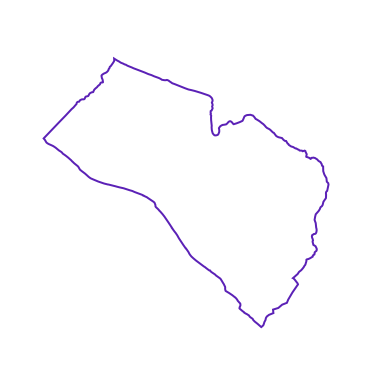 Mukomuko, Bengkulu, Indonesia (orthographic projection), rotated 349°
{"feature_id": "22746128B39825953538573", "entity_name": "Mukomuko", "entity_type": "district", "adm_level": 2, "iso_a3": "IDN", "parent_name": "Indonesia", "parent_adm1": "Bengkulu", "projection": "orthographic", "projection_center": [101.454, -2.731], "detail": "fine", "context": "isolated", "style": "outline", "palette": "violet", "viewbox_px": 384, "rotation_deg": 349, "n_neighbors": 0, "source": "geoboundaries", "source_scale": "gbopen_adm2", "svg_char_len": 5941}
<svg xmlns="http://www.w3.org/2000/svg" viewBox="0 0 384 384"><g transform="rotate(349 192 192)"><path d="M324.0,187.6L323.9,187.5L323.8,187.1L322.8,186.3L321.9,185.3L321.1,183.9L319.2,182.1L317.7,181.4L316.4,181.4L315.8,181.3L315.3,181.6L314.9,182.1L314.6,182.1L313.9,181.1L311.6,179.6L311.0,179.4L310.9,179.0L311.8,176.8L311.2,174.5L311.1,173.5L310.5,172.9L308.4,173.1L307.8,172.4L305.5,171.8L304.8,170.8L304.0,170.4L302.7,169.2L301.9,169.0L299.8,167.1L298.0,166.2L296.0,164.2L295.7,163.2L295.1,162.7L294.1,159.9L292.9,159.5L291.8,158.3L290.6,156.2L287.3,154.7L286.1,153.8L285.3,153.0L283.6,149.5L283.2,149.3L282.6,148.7L281.8,147.5L280.6,145.8L279.5,144.7L278.0,143.6L276.9,142.2L276.1,140.7L274.9,138.9L274.0,138.0L271.8,135.4L269.1,132.9L268.4,132.4L267.8,131.0L267.2,129.8L266.3,128.5L265.6,128.2L264.2,127.4L262.7,127.2L260.7,127.0L259.5,127.2L258.1,127.7L257.6,128.3L256.0,130.7L255.2,131.7L254.7,131.9L252.2,132.5L248.8,133.1L245.9,133.4L245.3,132.8L244.7,131.5L243.8,130.3L243.0,129.8L242.2,129.8L241.4,130.1L240.5,130.7L239.6,131.5L238.5,132.0L238.1,132.2L237.7,132.1L236.1,132.1L235.1,132.0L233.9,132.2L232.4,132.8L231.0,134.0L230.6,134.5L230.6,136.0L230.4,137.4L230.1,138.4L229.0,140.1L228.2,140.8L226.9,141.0L225.7,140.9L224.9,140.6L224.3,139.8L223.8,138.9L223.5,138.2L223.3,135.6L223.3,134.9L223.6,132.2L224.0,130.8L224.5,125.0L225.0,122.0L225.4,120.8L225.3,120.1L225.0,119.6L225.5,118.6L225.3,117.9L225.6,117.2L225.7,116.3L225.8,116.1L226.7,115.8L226.9,115.7L227.3,114.9L228.0,114.2L228.2,113.8L228.2,113.0L228.1,112.7L228.1,112.3L228.1,111.7L228.7,111.0L228.8,110.7L228.9,110.0L228.8,109.2L228.6,108.5L228.6,107.9L229.2,107.2L229.5,106.6L229.7,105.9L229.7,104.9L229.5,104.4L229.4,103.7L228.9,102.8L228.2,101.8L227.8,101.3L227.0,100.6L225.7,99.8L219.4,96.2L217.5,95.2L213.9,93.3L210.9,91.9L208.1,90.7L205.1,88.9L195.3,82.6L193.4,81.5L191.8,79.8L191.0,79.1L190.5,78.4L189.5,77.6L188.9,77.3L188.6,77.2L187.7,77.3L187.3,77.2L186.0,76.9L183.9,76.1L182.7,74.9L181.1,73.7L176.9,71.2L174.5,69.5L171.6,67.9L168.4,65.7L165.7,64.0L158.1,59.3L156.6,58.2L153.3,56.1L152.0,55.1L151.3,54.4L150.2,53.9L149.0,52.9L146.7,51.4L145.1,49.8L143.8,48.8L141.0,46.2L140.8,47.8L140.4,48.8L139.0,50.3L136.4,52.8L135.2,53.5L134.5,54.8L133.8,55.3L132.9,56.8L132.3,57.3L131.0,58.2L129.7,58.6L128.2,58.9L126.7,59.5L125.7,60.1L125.3,60.7L125.3,61.6L125.3,63.2L125.6,64.1L125.7,65.0L125.6,67.0L125.5,67.3L125.2,67.4L124.1,67.2L123.4,67.3L122.7,67.8L122.4,68.5L122.0,68.9L121.3,69.2L120.8,69.6L120.2,69.8L119.5,70.3L118.9,70.9L116.9,72.0L115.6,72.9L114.4,74.5L114.1,75.0L113.8,75.1L112.7,75.0L112.2,75.1L110.6,75.6L110.1,76.0L108.5,77.9L108.0,78.0L106.0,78.1L105.6,78.3L105.0,79.1L104.5,79.9L104.1,80.2L103.5,80.4L102.7,80.2L102.0,80.1L101.3,80.1L100.8,80.2L99.8,80.5L99.3,80.8L98.6,81.7L98.3,81.8L97.0,81.7L96.6,81.9L96.1,82.2L95.8,82.6L95.4,83.6L95.1,83.9L94.7,84.1L91.8,86.4L89.6,87.7L82.3,93.0L75.4,97.8L56.6,111.1L57.6,112.9L58.2,114.7L58.6,115.7L59.4,116.6L60.4,117.5L63.4,119.6L64.7,120.6L66.6,122.5L69.3,125.8L71.1,127.5L72.0,128.6L72.3,129.4L72.7,129.9L74.0,131.2L75.2,132.5L77.0,134.6L78.9,137.1L79.4,137.7L80.2,139.1L80.6,139.5L81.1,140.3L81.9,141.4L84.5,144.5L85.1,145.3L85.5,146.4L86.3,148.7L87.8,150.5L90.5,153.5L92.1,155.6L93.5,157.5L95.1,159.2L97.4,160.8L101.9,163.8L107.3,166.9L110.7,168.5L111.3,168.7L111.6,168.8L118.0,171.8L119.4,172.5L121.5,173.5L125.6,175.3L131.2,178.4L133.6,179.6L135.7,181.1L142.4,185.2L143.7,186.2L143.6,186.3L146.8,188.6L147.2,189.1L149.3,191.2L152.3,194.2L153.1,195.2L153.3,196.0L153.6,197.7L153.5,198.5L153.4,198.9L153.6,199.8L155.6,202.6L156.4,204.1L157.1,205.1L158.9,208.2L160.3,211.0L163.2,217.7L165.8,224.1L165.7,224.1L167.4,227.7L168.2,229.2L168.7,230.4L169.3,231.8L170.1,234.3L170.5,235.4L173.4,242.4L175.1,246.2L175.3,246.2L177.1,250.3L177.6,252.1L178.1,253.3L179.1,255.2L180.8,257.5L182.9,260.1L189.5,267.4L190.4,268.2L191.2,269.2L193.8,272.1L194.9,272.6L195.0,273.3L195.9,274.4L199.0,277.5L199.5,278.4L202.9,282.0L203.3,282.5L203.8,283.5L204.1,284.5L204.6,285.6L204.8,286.4L205.6,288.4L206.4,291.5L206.3,292.4L206.1,293.1L206.0,294.3L206.1,295.4L206.3,295.7L209.0,298.1L210.8,299.9L211.8,300.9L214.7,304.3L215.5,305.7L215.9,306.5L216.0,307.2L217.2,309.3L217.6,309.9L218.0,310.6L218.1,311.1L218.0,312.0L217.8,312.8L217.2,313.6L217.0,313.8L216.9,314.3L216.5,314.8L216.4,315.0L216.4,315.3L216.6,315.7L218.9,318.6L220.1,319.9L220.1,320.2L221.3,321.4L222.4,322.2L224.4,324.1L224.8,325.3L225.9,326.6L227.3,328.0L227.7,329.4L228.9,331.2L231.2,333.9L234.2,337.8L235.0,337.4L236.3,336.6L236.9,336.0L238.3,333.4L239.7,331.7L240.5,329.8L241.7,328.5L244.1,327.3L248.8,326.4L249.1,322.9L254.6,322.3L259.0,319.8L264.0,318.9L265.9,316.0L271.5,309.7L277.4,303.9L278.4,303.0L278.4,302.8L278.2,301.8L276.1,297.6L275.1,296.1L274.7,295.8L276.8,294.6L279.1,293.2L279.8,292.9L281.9,290.8L284.3,289.6L286.2,288.1L287.6,286.8L288.2,286.0L289.2,285.2L289.9,284.1L290.1,283.5L290.4,283.1L290.8,282.3L291.0,281.9L291.4,280.3L291.7,280.1L292.6,280.0L293.4,280.0L295.1,279.6L298.1,278.5L298.2,278.0L298.3,277.8L298.9,277.4L299.2,276.9L299.4,276.8L299.9,276.8L300.2,276.7L300.6,275.9L300.7,275.2L301.0,274.6L301.9,274.0L302.5,273.7L302.8,273.6L303.2,273.1L303.4,272.3L303.6,272.0L303.6,271.7L303.5,271.0L302.9,268.8L301.8,267.7L301.2,267.3L301.0,266.9L301.0,265.4L300.9,264.7L300.9,264.0L301.0,263.3L301.5,262.8L301.5,261.3L301.2,259.8L301.2,259.1L301.2,258.5L301.6,257.5L302.0,257.1L302.4,257.1L303.6,256.5L304.8,256.6L305.6,256.3L306.4,255.2L307.0,253.6L307.2,252.1L307.1,250.7L307.5,246.1L307.0,242.8L308.1,239.9L309.2,237.5L312.7,234.8L314.2,233.2L314.7,232.3L315.4,231.4L316.8,230.7L317.8,229.6L318.7,227.6L319.2,226.6L320.7,225.1L322.2,223.7L322.7,222.2L322.7,221.6L323.1,220.5L323.1,219.5L323.4,218.2L324.0,217.2L324.9,216.7L327.4,210.8L327.4,209.3L326.3,207.6L326.6,204.0L325.5,200.9L325.2,199.8L324.8,196.6L325.6,191.9L324.7,191.0L324.6,189.3L324.2,188.3L324.0,187.6Z" fill="none" stroke="#5b21b6" stroke-width="2"/></g></svg>